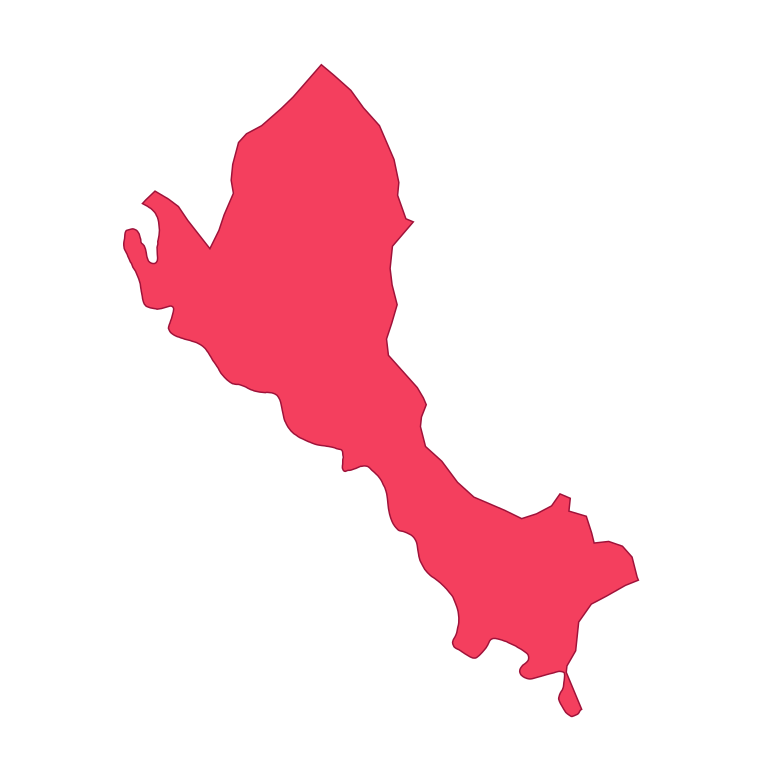 Manpho City, Chagang-do, North Korea, rotated 276°
{"feature_id": "82179303B45279105584010", "entity_name": "Manpho City", "entity_type": "district", "adm_level": 2, "iso_a3": "PRK", "parent_name": "North Korea", "parent_adm1": "Chagang-do", "projection": "albers", "projection_center": [126.267, 41.163], "detail": "fine", "context": "isolated", "style": "filled", "palette": "rose", "viewbox_px": 768, "rotation_deg": 276, "n_neighbors": 0, "source": "geoboundaries", "source_scale": "gbopen_adm2", "svg_char_len": 6140}
<svg xmlns="http://www.w3.org/2000/svg" viewBox="0 0 768 768"><g transform="rotate(276 384 384)"><path d="M685.4,302.5L695.0,288.3L659.9,263.6L647.2,253.0L628.1,235.3L618.5,221.1L609.0,214.1L586.6,210.6L570.7,210.7L557.9,214.3L535.5,207.3L519.6,203.8L500.4,196.7L526.1,171.8L539.0,161.0L545.4,150.3L551.9,136.1L542.0,127.7L538.2,124.9L536.0,130.3L535.0,132.0L534.3,133.6L533.0,135.4L530.7,138.1L529.2,139.3L527.9,140.0L526.4,141.1L524.1,142.1L521.7,142.9L519.4,143.4L513.5,144.6L509.8,144.7L508.0,144.7L503.4,144.3L502.4,144.1L499.4,144.5L497.7,144.2L496.3,144.0L489.3,145.0L485.6,145.7L483.2,145.7L482.1,145.3L480.8,144.6L479.9,143.3L479.7,142.2L479.7,141.3L479.8,140.2L480.5,138.4L481.7,136.9L482.8,136.3L485.5,135.0L487.1,134.5L489.5,133.9L493.2,132.7L495.0,131.8L496.6,130.9L497.2,130.1L498.0,129.3L498.4,128.4L499.0,127.9L499.9,127.4L502.6,126.9L503.8,126.3L507.7,124.8L510.2,122.8L511.1,121.6L511.7,119.9L512.0,118.7L512.0,117.6L511.6,116.3L510.3,113.0L509.8,111.8L508.9,111.2L507.3,110.8L505.8,110.7L501.4,110.8L498.2,110.5L496.5,110.5L494.8,110.7L491.5,111.5L490.3,112.2L485.8,115.2L484.4,115.8L481.6,117.5L479.0,118.9L477.4,120.3L473.8,122.1L470.2,125.1L462.9,129.1L458.2,131.1L454.3,132.0L452.6,132.5L451.0,132.9L445.7,134.5L443.9,134.9L441.9,135.6L440.2,136.3L438.4,137.3L436.6,139.2L436.2,140.2L435.6,142.5L435.3,143.9L435.2,145.3L435.0,147.5L435.0,149.0L434.7,150.5L435.1,152.0L435.8,154.8L439.1,162.9L439.3,164.0L439.0,165.2L438.5,166.0L437.3,166.8L436.4,167.0L433.8,166.9L426.7,165.8L425.0,165.3L422.1,164.7L420.8,164.3L418.1,163.8L416.8,163.8L414.7,165.0L413.7,165.7L412.7,166.7L411.8,168.1L410.9,169.7L410.2,171.4L409.5,173.4L409.2,175.3L408.6,177.3L408.3,179.2L407.8,181.0L407.0,186.8L406.5,188.6L406.2,190.4L405.6,193.2L404.9,195.0L404.1,197.0L403.4,198.4L402.6,199.8L400.6,202.5L399.2,203.8L398.3,204.5L397.1,205.7L393.9,208.1L392.8,209.0L390.1,210.9L389.3,211.5L387.6,213.1L385.1,215.2L384.3,215.8L382.1,217.7L380.7,218.5L377.7,220.7L375.8,222.7L374.8,223.8L374.0,224.6L371.7,227.5L369.7,230.7L368.5,233.3L368.4,234.6L368.2,236.0L368.2,237.6L368.4,239.1L368.2,240.8L367.1,245.2L366.5,247.1L365.6,249.0L364.4,252.3L364.1,254.0L363.6,255.5L363.4,257.0L363.0,260.9L363.0,262.9L363.0,266.9L363.3,267.6L363.5,268.8L363.5,272.5L363.5,273.4L363.1,275.2L362.8,276.3L362.1,277.8L361.6,278.8L360.2,280.1L358.4,281.4L357.3,282.1L355.1,283.1L353.0,283.8L348.6,285.2L347.5,285.5L345.1,286.3L339.5,288.1L338.7,288.4L336.9,289.2L335.8,290.0L333.9,291.1L331.2,293.0L330.1,294.0L327.5,296.5L325.2,299.5L323.9,302.1L322.8,303.9L321.8,306.0L320.8,309.1L319.7,312.1L318.7,315.1L318.4,316.6L317.9,318.0L317.0,321.5L316.7,323.2L316.5,324.8L316.3,328.3L316.3,331.5L316.1,333.6L316.1,335.1L315.8,338.7L315.4,341.6L314.8,343.4L314.5,345.7L314.3,347.7L314.2,348.3L313.6,349.1L312.3,349.9L309.1,350.5L307.0,351.2L306.7,351.2L304.4,350.9L299.9,351.3L298.8,351.2L296.7,351.3L295.8,351.5L294.0,352.5L293.6,353.0L293.2,353.5L293.1,354.0L293.1,354.8L294.2,356.8L294.4,357.6L294.6,359.0L295.0,360.3L296.4,363.2L297.1,364.8L299.4,368.8L299.7,369.4L299.8,370.4L300.2,371.7L300.5,373.0L300.5,374.9L300.3,376.4L299.9,377.2L299.4,378.0L299.0,378.6L297.1,380.8L295.3,383.4L293.8,385.3L293.3,385.9L292.4,387.2L289.5,390.0L288.7,390.6L287.9,391.3L286.4,392.3L283.9,393.7L281.2,395.6L279.2,396.5L277.4,397.3L275.0,398.2L272.3,398.9L270.3,399.4L264.1,400.7L260.5,401.5L255.3,403.1L251.6,404.6L248.4,406.2L246.0,407.7L243.9,409.4L242.5,410.8L240.5,413.1L240.1,413.8L239.8,414.5L239.6,415.9L239.4,418.5L238.4,422.2L236.9,426.2L236.4,427.2L235.5,428.5L234.4,429.8L232.8,431.1L232.1,431.6L230.5,432.6L228.9,433.3L227.0,433.9L222.5,435.0L217.6,436.4L216.6,436.6L212.4,438.2L210.9,439.1L207.3,441.5L203.9,443.9L201.0,446.9L198.7,449.8L197.7,451.3L197.2,452.2L196.8,453.1L195.9,454.8L192.2,460.7L188.5,465.5L187.8,466.2L186.8,467.5L183.4,470.9L180.7,473.7L179.2,474.9L173.0,478.2L169.8,479.8L167.9,480.6L165.4,481.5L163.4,482.0L159.2,482.9L154.5,483.3L152.2,483.2L149.7,482.8L144.7,482.4L142.8,482.0L141.5,481.6L140.1,481.1L137.5,479.9L136.7,479.6L134.4,479.2L133.7,479.3L132.4,479.7L130.0,481.1L129.5,481.7L128.7,483.1L128.1,484.6L127.6,486.2L126.5,488.4L125.9,489.4L125.0,491.2L124.5,492.0L121.7,498.0L121.3,499.2L120.8,501.0L120.9,502.8L121.0,503.5L121.5,504.5L121.9,505.0L123.7,506.8L125.0,507.9L127.6,509.9L130.8,512.1L132.7,513.3L133.8,513.7L134.6,514.2L139.7,516.0L141.1,517.0L141.8,518.1L142.3,519.0L142.6,521.3L142.5,522.3L142.3,524.3L141.7,528.0L141.0,530.6L140.6,532.8L139.8,534.6L137.2,542.4L136.1,544.4L134.6,548.0L133.6,549.9L131.4,553.7L130.5,554.9L129.8,555.5L129.0,555.9L127.9,556.3L127.1,556.5L125.8,556.5L124.8,556.4L124.1,556.2L122.7,555.3L121.5,554.3L120.3,553.1L119.1,551.7L118.7,551.3L116.6,550.0L115.4,549.4L113.9,549.0L112.3,549.0L111.6,549.2L110.3,549.8L109.1,550.6L108.2,551.8L107.5,552.9L106.8,554.4L106.1,556.9L105.9,558.5L105.9,560.0L106.3,561.9L106.9,563.5L109.3,569.5L109.6,570.4L110.3,572.0L110.6,572.8L110.9,573.5L111.5,575.0L112.1,576.4L112.4,577.3L112.8,578.2L114.6,583.3L115.0,584.0L115.7,585.7L116.2,587.1L116.5,588.1L116.6,589.2L116.5,591.3L116.1,592.8L115.7,593.3L115.4,593.6L113.2,594.1L109.9,594.2L109.0,594.2L107.9,594.2L106.2,594.1L101.9,594.1L100.6,593.9L98.1,593.2L97.0,592.5L95.5,591.8L93.4,591.1L90.3,590.6L89.1,590.6L88.6,590.8L86.8,591.6L84.8,592.8L84.2,593.2L82.9,594.2L81.5,595.2L80.7,595.8L80.2,596.1L78.9,597.1L76.4,599.1L75.9,599.8L75.1,600.9L74.0,602.9L73.0,604.9L73.0,605.3L73.0,605.8L73.9,607.7L74.6,608.9L75.5,610.5L76.2,611.4L77.4,612.2L79.6,613.1L80.1,613.4L80.6,613.9L81.1,614.6L116.3,595.4L122.7,595.4L138.7,602.5L167.6,602.5L186.8,613.2L196.3,627.4L209.0,645.2L215.5,657.5L218.5,655.9L237.8,648.8L247.6,638.1L250.9,623.9L247.8,609.6L257.5,606.1L273.6,599.0L276.9,581.2L289.8,581.2L293.1,570.5L280.3,563.4L270.8,549.2L264.5,535.0L271.0,517.2L280.9,485.2L293.9,467.4L313.2,449.6L326.2,431.8L345.4,424.7L355.1,424.7L367.8,428.2L374.3,424.6L383.9,417.5L413.0,385.4L429.0,381.8L445.0,385.3L464.2,388.8L483.4,381.7L499.5,378.0L521.9,378.0L548.3,396.2L550.6,388.5L573.1,377.8L585.9,377.7L608.3,370.5L640.4,352.5L656.5,334.7L672.5,320.4L685.4,302.5Z" fill="#f43f5e" stroke="#9f1239" stroke-width="1.5"/></g></svg>